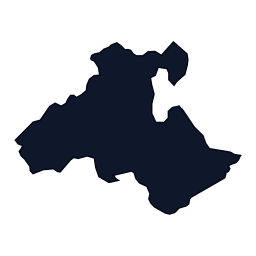 SVG path tracing the border of Heves
{"feature_id": "HUN-3174", "entity_name": "Heves", "entity_type": "County", "adm_level": 1, "iso_a3": "HUN", "parent_name": "Hungary", "parent_adm1": "", "projection": "robinson", "projection_center": [20.209, 47.788], "detail": "fine", "context": "isolated", "style": "filled", "palette": "ink", "viewbox_px": 256, "rotation_deg": 0, "n_neighbors": 0, "source": "natural_earth", "source_scale": "10m", "svg_char_len": 1587}
<svg xmlns="http://www.w3.org/2000/svg" viewBox="0 0 256 256"><path d="M240.6,155.5L239.5,157.2L238.6,159.5L236.1,162.5L230.5,164.4L228.5,166.0L229.7,168.8L229.0,170.3L228.4,171.3L227.5,171.9L225.8,172.2L225.8,173.6L224.7,177.8L191.3,197.0L189.6,198.9L188.6,203.9L186.0,205.9L179.2,207.9L178.2,208.8L175.8,211.5L174.0,212.7L169.4,214.0L165.2,212.9L154.4,206.8L151.0,203.2L148.9,199.0L150.1,193.7L146.9,186.3L139.7,183.0L136.1,178.8L134.1,172.7L131.5,171.0L113.6,175.2L115.4,178.5L118.3,180.3L109.0,182.4L99.0,176.6L95.8,167.6L94.4,158.0L87.1,155.9L78.0,158.4L73.7,157.4L70.4,159.9L60.1,171.9L57.7,171.5L53.5,168.7L43.2,169.6L33.0,173.6L30.3,170.6L30.1,166.6L24.9,159.2L21.3,155.8L19.3,151.4L21.6,148.3L22.7,145.2L20.4,144.7L18.1,143.8L15.4,140.1L33.2,122.2L40.3,120.2L49.8,106.4L55.1,103.3L61.2,106.2L66.0,103.4L67.9,99.2L70.6,95.5L73.8,95.4L76.3,97.6L81.5,94.8L86.4,90.6L87.0,85.2L89.5,79.2L94.1,75.7L99.8,75.2L98.5,67.4L94.4,61.0L92.1,60.1L90.8,58.7L91.8,55.5L94.3,54.1L99.8,52.9L103.9,49.3L109.2,47.2L110.7,45.5L112.6,44.5L116.8,42.9L121.3,46.1L124.9,49.9L128.0,49.6L130.6,50.4L133.1,53.8L136.2,55.9L142.8,55.9L148.2,51.8L155.0,51.5L161.4,55.4L173.4,42.0L183.6,51.0L186.9,53.9L187.8,59.4L187.2,64.9L184.8,74.3L176.4,81.7L174.1,85.2L168.9,79.8L168.9,73.1L167.1,68.6L158.2,67.1L155.2,75.3L150.4,77.6L151.6,85.1L154.0,94.1L151.7,103.8L151.7,113.5L155.8,122.5L164.2,122.5L168.4,118.0L168.4,111.3L172.5,107.6L179.1,106.1L180.7,108.2L182.1,109.1L194.2,127.1L203.0,135.8L205.5,143.1L209.4,148.7L230.2,152.2L234.5,154.6L240.6,155.5Z" fill="#0f172a" stroke="#020617" stroke-width="1.5"/></svg>